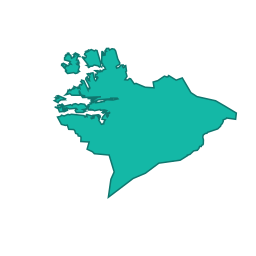 Åfjord nor, Sør-Trøndelag, Norway (Albers equal-area conic projection), rotated 29°
{"feature_id": "86288312B63643757450384", "entity_name": "Åfjord nor", "entity_type": "district", "adm_level": 2, "iso_a3": "NOR", "parent_name": "Norway", "parent_adm1": "Sør-Trøndelag", "projection": "albers", "projection_center": [10.134, 63.948], "detail": "fine", "context": "isolated", "style": "filled", "palette": "teal", "viewbox_px": 256, "rotation_deg": 29, "n_neighbors": 0, "source": "geoboundaries", "source_scale": "gbopen_adm2", "svg_char_len": 5557}
<svg xmlns="http://www.w3.org/2000/svg" viewBox="0 0 256 256"><g transform="rotate(29 128 128)"><path d="M102.5,166.4L108.5,166.0L111.0,166.8L124.6,160.8L137.2,173.1L137.9,181.1L144.4,198.1L156.9,169.7L165.2,159.0L172.0,143.8L189.3,130.8L193.5,123.1L193.2,122.9L195.0,121.0L196.5,116.2L199.4,113.9L199.9,111.6L199.6,109.4L201.0,108.7L200.9,107.2L201.6,106.5L201.6,105.5L199.8,101.9L197.8,99.7L197.2,97.6L198.2,95.4L199.6,94.3L199.7,93.2L206.9,85.3L208.1,81.4L207.8,80.7L208.3,78.3L208.1,76.1L207.3,74.8L209.2,72.4L209.3,71.5L217.9,68.2L215.5,62.4L201.6,61.9L191.4,61.7L173.1,67.1L165.9,66.6L151.2,57.9L146.9,62.8L138.5,62.4L138.0,62.5L138.3,63.5L137.4,64.5L134.7,65.0L131.1,72.1L127.7,75.6L131.3,80.2L123.3,84.0L113.4,85.1L112.1,86.4L106.5,83.7L105.3,84.0L104.5,86.2L101.9,87.3L102.1,83.3L98.7,79.9L99.1,78.9L95.7,74.5L95.0,75.2L95.3,76.6L94.7,77.6L93.3,76.7L93.5,75.6L93.2,75.2L91.3,76.5L90.9,79.2L89.2,81.2L87.9,80.2L88.2,78.9L89.7,76.5L89.3,75.1L85.6,72.6L79.8,66.6L77.9,65.7L75.6,66.4L74.0,68.8L72.5,67.7L70.6,68.9L71.0,71.0L70.6,70.7L70.5,71.8L71.6,71.8L71.0,72.3L72.6,75.2L71.8,75.9L71.9,76.6L71.3,75.7L71.0,76.1L71.1,74.9L69.8,73.8L68.0,73.5L70.1,74.8L70.5,75.7L71.6,77.0L68.9,75.3L73.2,83.5L75.2,84.4L75.8,86.0L77.4,85.6L79.9,87.4L78.2,89.0L77.8,91.2L76.6,91.0L76.8,91.8L76.5,92.2L76.0,91.9L76.2,91.3L75.7,91.2L75.8,92.6L73.9,92.4L71.5,93.8L74.8,94.3L74.6,96.3L73.3,96.8L75.0,99.3L76.2,98.1L77.1,98.4L77.3,99.2L76.6,99.8L77.2,100.8L76.9,102.4L75.4,102.0L70.6,96.7L68.7,98.3L69.0,99.3L67.4,99.3L66.1,100.5L69.8,101.9L70.1,103.7L71.5,105.3L70.3,105.5L67.5,103.0L67.0,104.3L67.3,105.8L72.2,108.8L75.3,111.4L75.4,112.3L74.0,112.5L74.6,114.1L66.5,108.1L64.2,108.6L64.6,109.4L64.2,110.3L66.7,111.0L66.3,112.1L66.5,112.9L65.2,113.0L64.8,114.4L66.8,116.8L65.2,116.6L65.4,117.5L65.0,117.8L64.6,117.4L64.8,115.8L63.8,117.5L61.3,117.8L62.1,118.3L62.1,119.3L61.6,120.0L60.6,119.3L60.6,120.9L59.8,121.8L59.8,123.0L58.3,122.7L58.2,124.2L57.3,124.0L57.9,126.9L57.2,129.3L60.6,126.1L62.9,126.6L70.5,122.4L68.2,120.6L67.1,118.8L71.1,121.9L75.0,120.6L72.6,122.9L73.7,123.3L89.2,113.8L78.3,121.9L85.2,118.5L83.8,120.7L82.3,121.3L82.5,122.3L83.7,122.1L86.4,120.4L87.0,120.6L87.6,119.9L87.0,119.4L88.7,117.5L99.1,110.6L97.8,110.6L104.2,107.1L105.1,107.4L101.3,110.8L95.8,113.5L93.7,116.2L94.1,116.5L91.8,117.8L92.2,118.2L87.6,121.6L86.5,120.7L85.3,121.8L85.7,122.4L83.7,123.0L84.0,123.5L83.0,124.3L84.1,124.6L81.5,127.4L82.7,126.9L83.0,127.4L80.6,129.4L78.6,128.3L74.8,129.7L73.3,131.8L70.4,132.1L68.5,133.8L68.2,135.5L66.5,135.4L61.7,139.8L58.7,139.0L58.4,140.3L56.9,140.8L56.0,142.2L55.1,142.1L56.0,142.7L58.4,140.4L60.7,140.4L58.6,142.4L59.0,143.1L53.7,145.1L57.6,144.9L60.3,147.1L63.9,144.6L62.7,144.2L60.9,142.2L61.1,142.0L64.4,140.7L64.7,141.2L64.3,141.9L62.9,142.0L63.2,143.1L64.5,143.0L64.2,143.7L64.5,144.4L66.5,141.8L65.0,140.1L67.5,139.7L73.0,136.0L73.9,136.2L73.3,136.6L74.0,136.7L73.4,137.2L73.3,138.3L75.3,139.5L81.3,136.1L81.9,135.1L80.9,135.3L82.3,134.4L81.1,134.7L82.7,133.6L79.7,133.7L82.3,131.8L82.0,131.6L82.5,131.2L81.9,129.8L82.8,128.2L83.4,128.2L83.3,129.5L84.0,130.6L84.9,130.8L83.9,131.7L85.7,130.9L85.4,130.5L86.4,129.7L86.8,130.3L88.0,129.6L88.0,130.2L88.2,129.2L90.3,129.1L94.7,125.3L95.7,125.5L94.8,126.3L98.4,123.7L100.9,123.1L100.2,124.4L98.3,125.1L98.1,125.7L98.4,126.1L97.8,126.9L99.1,127.1L99.8,125.9L101.8,125.5L101.9,124.7L103.2,125.0L104.4,122.6L104.2,124.1L105.1,123.7L103.4,125.5L104.9,126.7L104.6,128.5L103.3,127.7L103.6,126.5L102.9,125.9L101.3,126.7L100.5,131.3L101.0,133.0L104.2,131.9L104.0,134.3L104.5,134.9L104.1,135.9L104.6,136.2L103.0,137.7L98.7,135.4L98.7,134.2L97.9,133.9L98.4,132.9L97.8,132.9L98.3,131.9L98.0,131.0L96.9,131.5L96.4,132.8L95.3,132.4L96.3,130.7L95.7,130.7L92.7,132.9L93.1,133.2L92.8,134.2L93.4,135.7L91.6,137.5L90.9,137.2L92.7,135.3L91.9,134.6L92.1,133.4L91.2,133.8L91.3,134.8L85.4,136.1L85.3,136.8L86.6,137.9L84.7,138.4L85.7,139.6L83.4,138.5L72.0,143.3L70.3,144.9L68.9,145.1L66.3,148.5L63.6,149.0L63.4,150.5L61.0,152.6L68.0,157.1L72.0,156.1L73.5,154.9L76.8,157.9L81.2,155.7L82.6,156.0L84.8,158.1L87.0,157.7L88.3,159.1L90.4,158.3L91.5,159.0L93.3,162.7L100.8,159.1L102.5,166.4ZM63.4,75.3L61.9,75.6L61.3,76.9L57.8,77.2L57.1,78.4L55.6,78.9L55.5,79.8L54.4,81.0L55.8,80.7L54.4,82.3L54.1,83.9L54.4,84.9L56.6,85.2L57.1,86.7L56.6,87.6L55.3,87.4L55.3,88.0L53.4,88.0L53.1,88.1L55.1,88.1L55.1,88.4L55.4,88.8L55.2,88.1L56.0,88.3L56.2,88.9L55.4,89.0L62.2,91.9L62.4,92.5L61.5,93.3L63.5,93.2L63.8,94.1L64.3,94.2L64.7,93.6L63.6,93.2L66.9,91.2L67.9,89.3L71.4,88.2L73.5,88.5L73.9,87.4L74.8,87.4L73.7,86.6L73.0,84.8L63.4,75.3ZM49.2,87.7L45.9,87.9L46.6,88.8L45.6,88.5L45.0,89.5L45.9,89.1L45.6,90.6L46.6,91.0L46.3,91.4L46.6,92.4L45.8,91.4L45.6,92.1L46.2,92.4L44.8,94.4L42.7,92.2L40.3,92.2L40.2,91.3L39.6,91.3L39.0,91.8L40.2,92.6L38.4,93.5L38.1,94.7L38.9,94.6L38.4,97.2L39.5,99.2L45.1,97.9L44.9,98.4L45.3,98.9L47.4,99.8L45.6,100.5L46.0,100.8L45.5,102.6L44.1,103.4L43.6,105.6L43.7,106.5L47.0,107.9L45.7,107.8L45.6,108.5L47.5,109.3L48.8,109.6L53.7,105.8L55.5,105.9L56.8,104.7L57.4,103.8L57.0,103.2L58.1,102.1L56.4,101.5L55.7,97.8L54.4,96.9L52.5,97.2L52.1,97.0L53.6,96.0L53.2,95.8L53.7,94.9L52.2,94.8L52.9,94.0L51.5,92.8L50.0,93.5L49.3,89.8L52.1,88.4L49.6,89.5L49.7,88.6L48.9,88.4L49.2,87.7ZM58.6,132.8L51.2,133.5L50.4,134.3L53.0,135.1L52.3,136.3L50.3,136.0L50.6,136.4L50.0,136.8L50.8,136.9L51.4,138.3L50.3,139.8L54.6,139.8L54.5,138.4L55.7,136.0L59.3,133.7L58.0,133.5L58.6,132.8ZM44.0,102.7L40.1,102.7L39.0,104.3L39.6,105.5L40.8,104.8L40.9,105.6L42.7,106.3L44.0,102.7Z" fill="#14b8a6" stroke="#0f766e" stroke-width="1.5"/></g></svg>